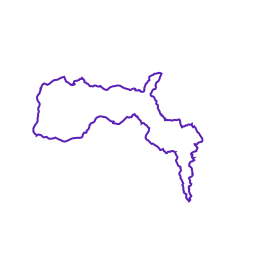 Petrosani, Hunedoara, Romania, rotated 129°
{"feature_id": "2599482B39314069037864", "entity_name": "Petrosani", "entity_type": "district", "adm_level": 2, "iso_a3": "ROU", "parent_name": "Romania", "parent_adm1": "Hunedoara", "projection": "orthographic", "projection_center": [23.402, 45.443], "detail": "fine", "context": "isolated", "style": "outline", "palette": "violet", "viewbox_px": 256, "rotation_deg": 129, "n_neighbors": 0, "source": "geoboundaries", "source_scale": "gbopen_adm2", "svg_char_len": 5820}
<svg xmlns="http://www.w3.org/2000/svg" viewBox="0 0 256 256"><g transform="rotate(129 128 128)"><path d="M186.8,201.4L187.7,201.4L190.4,199.2L191.1,196.6L190.9,194.5L191.3,194.2L190.1,193.9L189.1,193.1L188.7,191.8L188.2,190.7L188.5,188.9L188.4,187.9L188.2,187.4L186.4,186.0L186.0,185.1L186.2,183.5L186.1,183.0L185.4,181.7L183.2,179.6L181.9,178.8L181.3,178.6L180.6,176.1L180.5,174.9L179.6,172.6L179.6,170.8L178.1,168.3L174.7,166.4L173.1,165.8L170.9,164.6L166.7,160.4L166.3,159.5L164.6,158.1L163.2,158.1L161.6,158.9L159.3,159.2L158.9,158.9L158.2,157.6L157.6,157.4L156.0,158.5L155.4,158.2L153.5,158.0L152.0,158.5L150.0,159.7L149.2,159.5L148.4,159.8L147.1,159.5L145.8,158.6L144.9,158.2L143.6,158.2L142.0,158.8L139.8,158.9L137.8,158.0L136.2,156.7L135.5,155.6L135.1,154.5L134.8,154.1L134.5,153.4L133.7,152.3L133.6,150.7L133.6,145.8L133.2,145.0L132.1,143.2L133.3,143.0L133.6,142.7L131.9,139.6L131.8,139.0L130.5,137.3L128.3,137.0L126.7,136.4L120.0,135.7L119.5,134.2L119.1,133.6L118.4,133.2L117.3,132.0L116.4,132.4L114.7,132.5L114.5,131.9L113.1,131.7L113.4,130.2L113.9,129.3L113.1,128.1L113.8,127.5L113.5,127.0L114.2,125.6L114.4,124.4L114.3,123.0L115.6,120.9L115.2,120.2L114.5,120.1L115.4,119.9L114.7,119.6L114.3,118.6L114.4,117.6L114.6,117.2L114.6,116.8L114.3,115.9L114.4,115.5L114.3,115.0L114.5,114.6L114.4,114.0L114.8,113.3L114.9,112.5L114.7,112.1L114.7,111.5L115.0,111.1L115.6,111.0L117.4,109.9L118.4,109.8L119.1,109.5L119.6,109.6L121.6,109.5L123.4,109.0L123.7,108.5L124.5,108.2L124.9,107.7L125.2,106.3L125.3,105.9L124.9,104.6L125.1,102.4L125.5,101.0L125.5,99.7L124.8,99.2L124.5,98.6L124.3,95.5L124.0,94.8L124.1,94.1L123.9,93.4L124.2,91.9L124.1,90.9L124.9,89.3L124.8,89.0L123.7,88.1L122.3,87.6L123.3,85.4L123.1,84.1L123.6,82.5L122.7,81.9L121.2,81.9L120.5,81.2L120.3,80.6L120.1,80.4L118.2,79.5L117.3,77.6L117.2,77.0L117.3,76.3L117.2,76.2L117.3,76.2L119.0,73.0L119.1,72.0L119.9,71.0L120.6,70.6L122.6,70.5L123.2,70.1L124.0,68.8L124.0,68.4L125.6,65.6L125.5,63.6L125.2,62.8L125.4,62.4L126.3,62.0L127.1,60.6L127.7,60.1L128.8,59.8L130.1,60.0L131.5,59.2L131.8,58.8L131.9,57.9L132.5,56.7L133.7,56.0L134.0,55.5L134.3,54.2L134.9,53.1L135.0,52.7L135.5,52.1L136.2,50.2L138.1,49.9L138.4,49.1L139.4,47.5L139.9,47.0L141.5,46.0L142.0,44.6L142.9,44.2L143.1,42.9L142.7,41.2L142.7,40.9L144.6,39.7L145.1,39.1L145.5,38.9L145.6,38.4L145.9,38.2L146.2,35.6L146.6,34.5L145.6,34.3L144.6,34.4L144.0,36.0L141.1,35.9L140.9,36.6L140.5,37.1L140.6,37.8L139.3,39.9L139.2,40.4L138.2,41.3L137.5,41.4L137.3,41.9L136.9,42.1L136.9,42.4L136.7,42.7L136.1,42.9L136.1,43.2L135.2,44.0L134.7,43.9L133.8,43.3L133.0,43.1L131.6,43.6L131.6,45.2L131.0,45.9L130.1,46.3L129.6,46.9L128.7,49.1L127.6,49.0L125.6,48.0L124.6,47.9L123.2,48.5L122.9,48.8L123.0,49.3L122.5,49.4L120.1,52.3L119.7,52.4L119.2,53.0L118.8,55.4L119.1,56.3L118.2,57.2L117.4,57.5L116.9,58.0L116.2,57.9L115.4,58.1L114.0,57.6L113.0,56.8L111.3,56.3L111.1,57.8L110.9,58.0L110.8,58.4L110.0,58.2L110.7,59.0L110.4,60.2L110.3,60.3L110.0,60.0L108.9,60.7L108.4,60.1L108.6,60.7L108.3,60.8L108.3,61.0L108.8,61.9L108.6,62.6L108.1,62.8L107.3,62.7L107.1,62.8L106.6,62.5L105.3,62.1L103.5,60.7L102.7,60.4L102.3,60.8L101.8,60.8L101.0,61.3L99.7,61.4L99.3,62.8L99.2,64.5L98.8,66.0L98.6,66.2L98.3,66.0L98.2,64.7L97.5,64.2L95.3,64.2L92.0,62.0L91.5,62.0L90.5,62.6L89.4,63.8L89.2,64.1L89.1,65.1L88.5,66.6L88.1,68.1L87.5,69.2L87.4,70.0L87.5,71.4L87.4,71.8L85.5,75.4L85.3,76.8L85.0,77.4L86.4,77.9L85.8,79.5L85.9,79.9L84.7,80.9L85.4,81.1L86.6,82.0L86.9,82.8L87.3,83.2L87.9,83.6L88.9,83.8L89.5,84.7L91.4,85.3L92.2,86.4L93.4,86.3L93.5,86.4L93.4,86.9L92.9,87.4L92.6,88.5L91.7,90.0L90.3,91.4L89.8,92.2L89.4,92.5L89.1,93.5L89.6,94.1L91.0,94.8L92.2,96.6L92.9,97.4L94.5,98.4L95.6,100.6L96.8,101.9L97.1,102.6L97.8,103.1L97.9,103.5L98.6,104.1L98.2,104.7L97.4,104.6L97.2,105.5L97.4,106.8L96.7,108.4L97.1,109.5L96.3,110.6L96.5,111.1L96.8,111.1L96.6,111.9L96.3,112.5L95.1,114.0L95.0,115.0L94.5,115.6L93.9,117.2L93.4,117.7L92.2,118.3L91.3,119.7L91.6,120.8L91.1,121.6L89.1,122.8L89.1,124.4L88.9,125.1L87.7,126.9L87.7,128.3L88.5,129.9L88.1,131.2L87.0,132.0L86.1,131.9L83.9,132.6L82.4,132.6L81.4,132.2L80.5,131.3L79.5,131.6L78.6,132.0L77.5,133.6L76.4,133.8L75.3,134.5L73.7,134.4L73.2,134.0L72.6,133.9L71.0,134.1L69.4,134.6L68.7,135.1L66.6,135.5L66.2,135.9L64.7,136.1L64.8,137.0L65.5,138.5L68.3,140.6L69.5,141.8L70.9,141.8L72.0,142.6L74.7,143.7L76.3,142.7L77.2,141.5L79.6,141.9L80.7,141.5L82.7,142.0L83.4,141.5L86.8,140.5L87.7,139.5L88.8,138.8L90.1,138.8L91.7,140.8L91.6,141.6L91.2,142.6L91.8,143.6L92.5,143.7L94.1,146.0L93.0,147.0L93.5,148.2L94.6,149.1L96.9,149.9L97.3,150.5L97.4,151.4L97.7,152.3L98.9,154.8L99.2,155.6L99.8,157.9L100.1,160.7L101.6,163.0L103.9,164.7L104.9,165.9L108.1,167.7L110.8,167.9L112.1,168.8L112.9,171.4L112.9,174.4L112.7,175.9L113.3,176.4L113.7,176.4L114.3,176.8L115.1,178.6L115.2,179.5L115.5,179.8L115.9,180.6L116.2,181.0L117.7,181.3L118.2,182.3L118.7,183.1L119.3,183.5L119.5,184.1L118.9,186.8L119.4,188.0L119.2,188.6L119.3,189.3L119.8,190.7L119.3,191.3L118.6,191.6L118.4,192.0L118.0,195.3L119.2,195.1L119.6,195.7L120.2,195.9L120.5,196.4L121.6,196.3L122.5,197.0L123.3,197.2L124.4,198.6L125.5,198.9L125.8,199.2L127.2,198.5L127.9,198.3L127.4,197.1L127.5,196.9L127.9,197.0L128.3,197.6L129.3,197.8L129.8,198.4L129.6,199.0L130.2,199.3L130.5,199.9L130.3,201.0L130.4,203.9L130.8,204.8L130.9,205.3L128.4,209.8L131.1,211.7L134.7,213.1L137.3,215.5L140.5,216.5L142.9,216.8L144.4,217.5L145.0,217.6L146.2,221.2L146.4,221.4L148.1,221.7L149.8,221.4L150.6,221.0L151.9,221.1L152.7,220.8L152.8,220.6L152.3,220.4L153.4,219.7L154.3,219.7L155.4,219.1L157.6,218.5L158.6,218.7L161.0,218.3L162.7,216.8L163.1,216.0L163.5,215.6L164.5,212.2L165.7,211.2L166.1,210.9L169.0,210.3L170.2,209.3L170.7,208.4L171.4,207.6L174.3,206.4L175.1,205.4L177.4,204.4L179.4,202.6L181.1,202.2L185.6,201.9L186.8,201.4Z" fill="none" stroke="#5b21b6" stroke-width="2"/></g></svg>